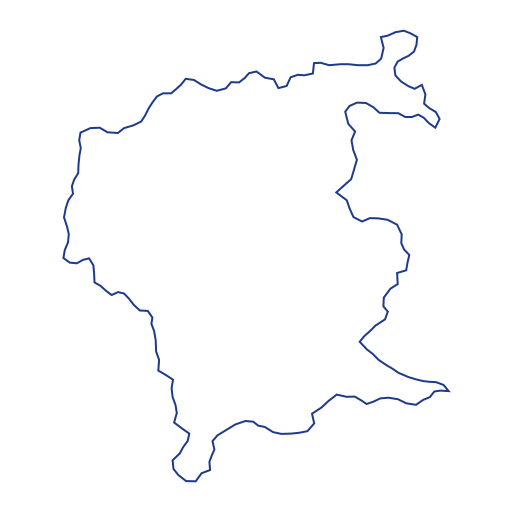 outline of Nacip Raydan, Minas Gerais, Brazil
{"feature_id": "56859067B95116732542422", "entity_name": "Nacip Raydan", "entity_type": "district", "adm_level": 2, "iso_a3": "BRA", "parent_name": "Brazil", "parent_adm1": "Minas Gerais", "projection": "orthographic", "projection_center": [-42.174, -18.485], "detail": "fine", "context": "isolated", "style": "outline", "palette": "blue", "viewbox_px": 512, "rotation_deg": 0, "n_neighbors": 0, "source": "geoboundaries", "source_scale": "gbopen_adm2", "svg_char_len": 2737}
<svg xmlns="http://www.w3.org/2000/svg" viewBox="0 0 512 512"><path d="M448.6,391.1L443.5,384.9L436.2,382.2L429.5,381.8L423.3,381.1L417.3,379.7L408.2,377.0L398.3,372.7L392.3,368.6L386.4,365.1L378.5,359.8L372.5,353.7L367.0,349.5L359.7,341.8L364.4,336.0L369.0,332.0L375.6,325.5L385.1,319.3L387.8,311.6L383.4,306.4L383.8,297.6L390.4,288.7L397.7,284.1L397.1,273.0L406.2,270.3L407.5,262.6L409.3,255.0L404.0,249.4L401.3,243.2L401.7,234.4L397.1,224.7L387.7,219.8L378.6,218.4L370.0,218.1L362.1,221.5L353.5,217.1L349.5,208.3L346.8,200.3L341.3,196.2L336.3,192.4L344.9,184.7L351.2,179.1L353.9,170.1L356.9,159.8L353.2,149.9L351.5,140.3L355.1,131.5L348.3,123.9L345.2,111.7L349.6,105.9L357.1,102.6L366.0,103.0L373.3,107.2L379.5,112.8L390.0,113.1L398.4,113.2L405.3,117.0L411.9,117.0L418.2,114.6L423.7,117.7L429.0,123.2L435.3,127.7L439.6,119.0L435.9,112.1L429.4,108.2L424.1,103.7L425.4,94.4L421.8,84.9L414.6,88.8L408.3,86.1L401.1,81.5L395.4,75.5L394.4,67.6L397.6,61.6L403.0,58.5L408.6,55.8L414.0,51.6L416.5,44.7L417.2,37.0L410.2,33.2L403.9,30.7L395.5,32.2L387.9,35.6L380.9,37.1L383.6,47.8L381.2,58.6L375.7,63.5L367.7,65.2L358.2,65.2L348.3,64.2L340.6,64.2L329.1,65.2L320.8,62.8L314.0,63.1L312.9,73.5L304.3,75.3L297.8,74.8L290.6,77.3L286.6,86.0L278.4,88.1L273.8,79.3L264.9,77.7L256.5,71.5L249.0,73.2L244.7,78.0L239.1,82.4L231.1,82.2L225.8,88.4L216.7,90.8L208.5,88.1L200.8,84.3L194.0,80.0L185.7,78.8L181.1,84.6L176.1,89.1L171.2,93.3L163.0,93.3L157.0,96.4L152.7,102.1L148.7,108.3L145.1,115.5L141.2,121.5L133.3,125.4L124.1,128.1L117.8,133.0L107.5,132.3L99.7,127.7L90.4,128.1L80.5,132.6L79.2,140.2L80.8,148.2L79.5,154.9L78.5,164.7L78.2,173.2L74.2,179.5L71.9,186.2L73.0,193.8L68.3,200.3L65.8,208.0L64.0,217.4L67.1,226.9L68.8,234.2L68.0,242.4L64.8,250.0L63.4,258.0L69.7,262.6L76.9,263.3L83.1,259.8L89.1,258.4L93.4,265.4L94.1,273.3L94.5,282.4L100.6,285.9L106.0,290.8L111.6,295.0L118.1,292.1L124.0,293.5L128.8,298.5L133.9,305.0L139.9,310.5L147.8,310.9L152.4,317.6L151.4,323.8L154.1,331.0L155.7,340.2L156.1,351.6L159.1,359.8L158.3,370.6L166.0,375.1L173.0,379.7L171.6,388.1L172.6,397.0L175.5,405.0L176.8,413.0L174.1,422.5L181.8,428.3L189.3,433.6L187.7,440.9L183.1,447.2L179.8,453.4L172.6,460.3L173.5,469.0L178.5,475.2L186.1,481.1L195.7,481.3L201.6,473.2L210.1,470.0L209.4,461.8L211.8,455.4L214.4,449.6L212.5,441.2L217.4,435.4L223.3,431.8L229.0,428.3L235.2,424.5L245.4,421.0L253.2,421.7L258.2,425.6L264.9,427.0L273.0,432.1L281.3,433.9L291.2,433.6L299.0,432.8L307.4,431.2L314.2,423.4L312.0,413.7L321.5,407.5L328.5,401.0L336.7,394.6L346.6,396.8L354.8,396.6L361.1,400.3L366.6,404.0L373.3,401.7L380.2,398.4L388.4,397.7L397.9,399.2L406.3,403.3L416.0,404.8L423.1,399.9L429.9,397.1L434.3,391.5L440.4,390.6L448.6,391.1Z" fill="none" stroke="#1e3a8a" stroke-width="2"/></svg>